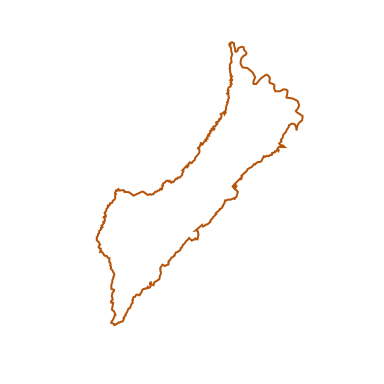 Parácuaro, Michoacán, Mexico, rotated 204°
{"feature_id": "50627088B31611248449826", "entity_name": "Parácuaro", "entity_type": "district", "adm_level": 2, "iso_a3": "MEX", "parent_name": "Mexico", "parent_adm1": "Michoacán", "projection": "equal_earth", "projection_center": [-102.195, 19.07], "detail": "fine", "context": "isolated", "style": "outline", "palette": "amber", "viewbox_px": 384, "rotation_deg": 204, "n_neighbors": 0, "source": "geoboundaries", "source_scale": "gbopen_adm2", "svg_char_len": 6076}
<svg xmlns="http://www.w3.org/2000/svg" viewBox="0 0 384 384"><g transform="rotate(204 192 192)"><path d="M218.1,342.4L217.6,341.4L217.0,342.0L217.0,341.4L216.6,341.3L215.9,340.0L214.9,339.5L213.7,337.0L211.2,334.0L210.9,330.5L208.6,326.5L209.2,325.5L209.1,323.1L207.7,321.0L207.9,320.1L207.3,319.8L205.5,316.3L204.3,315.6L204.2,314.1L202.4,313.9L202.5,313.2L203.1,313.0L202.6,311.7L201.1,310.9L201.4,310.3L202.0,310.5L202.5,309.8L201.0,309.6L201.4,308.0L199.7,306.9L200.5,305.9L199.8,305.1L199.7,304.0L200.7,303.0L201.1,301.6L200.7,299.5L199.8,299.4L199.9,297.7L199.1,297.3L200.0,296.3L199.6,296.0L198.8,296.5L197.4,294.0L196.5,293.1L196.6,290.8L195.9,289.2L196.5,288.1L195.6,287.4L195.7,285.2L195.0,282.1L194.4,281.5L194.4,279.8L195.0,278.8L193.6,278.3L193.9,276.2L195.2,277.5L197.5,274.8L195.9,273.5L195.6,272.5L195.7,270.0L196.8,269.9L196.3,267.4L198.2,265.7L198.1,264.9L196.6,264.6L197.6,261.5L198.6,261.0L199.1,259.8L198.0,258.8L197.3,259.0L197.1,258.1L197.8,257.6L199.7,257.7L199.8,256.7L199.1,255.7L200.2,254.9L199.1,253.2L200.3,251.6L199.2,250.5L200.5,250.0L200.3,248.0L199.9,248.1L199.5,247.0L200.2,246.9L201.1,245.3L199.9,244.6L201.3,243.1L201.6,239.9L203.6,240.5L203.9,240.2L202.9,238.6L203.7,238.0L203.4,236.4L204.4,234.8L204.3,234.3L203.1,234.6L201.5,231.8L201.5,229.9L203.0,224.4L202.5,222.6L203.9,219.6L203.8,218.8L205.2,217.7L206.0,218.2L206.6,216.7L206.5,215.3L205.9,214.6L206.8,211.7L206.9,213.7L207.5,214.0L209.5,208.1L208.7,208.3L208.2,207.4L208.5,205.3L207.9,203.9L208.9,200.4L210.8,199.5L211.0,197.9L212.0,197.6L213.1,193.6L214.2,193.4L214.7,192.1L215.3,192.8L216.7,192.2L217.1,193.0L217.6,192.2L218.8,192.6L220.4,191.1L220.5,189.9L221.9,188.0L221.6,186.7L221.8,186.2L221.0,186.0L221.3,184.9L220.5,182.6L221.0,181.7L222.2,182.1L222.6,180.1L223.8,179.3L224.5,177.8L225.6,177.3L226.5,174.2L227.3,173.9L228.1,172.9L229.5,173.0L231.2,171.3L236.4,172.4L237.7,172.1L243.9,164.9L249.5,166.2L253.8,164.6L254.4,165.7L255.3,165.8L259.2,163.7L260.3,164.8L260.9,163.8L261.0,162.6L262.0,162.6L261.9,159.5L260.7,159.3L261.0,157.6L259.6,155.3L259.8,153.4L260.7,152.1L260.7,149.3L262.4,148.2L261.9,146.6L263.4,145.4L263.3,144.9L262.5,144.9L262.4,144.3L263.2,141.5L262.7,139.7L263.4,137.6L262.9,136.8L262.0,136.5L261.6,135.1L260.9,135.0L260.9,134.1L262.4,133.5L262.5,133.0L261.3,132.7L259.9,130.5L260.0,129.6L260.9,128.8L260.8,128.4L260.0,128.7L259.8,127.9L260.2,126.0L261.0,124.5L259.4,123.6L259.7,122.8L260.6,122.3L259.8,121.1L260.9,118.7L260.2,116.5L260.7,115.3L260.1,113.3L260.7,111.9L259.8,110.8L259.7,109.5L258.2,108.6L257.0,108.5L255.3,106.9L254.6,106.7L255.1,103.9L253.8,103.0L252.3,103.2L251.6,100.0L250.8,100.9L250.5,100.3L249.2,100.4L246.2,98.3L243.7,98.8L242.2,97.7L240.4,97.9L239.3,94.7L238.8,94.1L238.2,94.2L236.9,93.0L236.9,91.7L235.5,90.7L235.0,88.9L233.7,88.6L229.8,85.6L229.1,84.2L229.4,82.8L229.0,82.3L228.9,79.3L228.0,76.5L227.9,74.3L226.7,71.6L226.2,70.6L223.6,71.0L223.0,70.2L223.7,67.2L223.1,65.8L223.0,64.2L222.1,63.5L220.8,61.5L220.6,60.6L221.2,60.2L221.5,59.0L221.0,58.1L218.9,58.6L217.3,51.9L214.6,51.2L212.1,48.8L212.6,48.6L212.2,47.2L212.2,43.0L212.7,41.4L212.6,39.6L209.3,39.8L209.3,39.2L208.8,38.8L206.9,40.9L206.2,42.9L205.4,43.0L203.9,44.8L202.9,45.3L202.6,45.9L202.7,49.1L203.2,49.1L203.1,50.7L202.4,52.1L202.5,53.0L203.0,53.3L202.5,55.8L202.6,59.2L202.5,59.8L201.5,60.6L201.7,64.9L201.1,66.6L202.5,68.8L202.0,69.5L202.7,70.9L202.5,72.5L201.4,73.0L201.1,75.6L199.5,76.3L198.7,76.0L197.8,76.4L197.8,78.1L197.3,79.6L197.7,81.3L197.1,83.4L195.3,84.9L194.6,84.9L194.2,86.1L193.1,86.5L193.4,87.1L192.4,86.8L191.4,88.7L191.9,90.2L193.1,90.7L193.3,92.3L192.8,92.7L192.0,91.1L189.3,91.2L189.7,94.1L186.4,99.0L187.1,102.1L187.2,104.6L188.1,106.6L189.0,107.2L189.2,108.4L190.1,109.4L189.5,113.5L189.0,113.8L186.7,113.3L185.3,115.1L184.1,116.0L184.3,117.2L184.9,117.8L184.7,118.4L185.2,119.6L184.5,120.4L184.1,123.6L182.8,125.2L182.6,126.5L182.1,126.6L182.2,130.1L180.7,131.6L179.2,133.9L179.3,135.9L179.0,136.5L179.3,136.6L178.6,138.2L178.8,140.1L177.8,142.0L177.5,144.4L176.6,146.1L176.0,148.8L172.4,147.5L171.2,149.2L169.9,149.8L170.0,151.0L167.7,151.0L168.8,155.9L169.4,156.3L170.0,157.9L171.1,158.3L171.6,159.4L173.0,158.4L169.4,166.1L167.9,164.9L166.7,166.4L166.4,167.6L164.9,168.5L163.2,171.9L163.0,172.5L163.6,172.9L163.3,174.6L162.5,176.0L162.6,177.1L160.9,181.7L161.6,182.0L161.3,182.6L161.5,182.7L159.5,186.8L159.7,187.7L159.3,187.8L158.1,190.0L158.3,191.5L158.0,191.8L158.2,193.1L157.8,194.4L158.3,197.9L157.4,198.1L155.7,199.9L153.7,200.6L151.8,202.9L150.2,203.0L150.4,204.3L149.5,205.4L149.5,206.3L150.2,210.8L154.4,212.7L154.5,212.2L157.1,213.6L156.7,215.1L154.1,213.8L154.0,214.1L153.7,215.4L156.2,216.8L153.3,224.3L152.4,223.7L152.2,224.3L153.0,225.1L152.5,226.2L153.4,227.0L151.5,231.3L151.6,231.6L150.7,232.6L150.5,235.4L147.4,239.6L147.2,241.0L146.5,242.1L146.6,242.8L145.3,243.1L145.1,244.6L143.9,246.3L142.6,246.8L141.2,248.2L140.9,253.9L139.6,253.7L138.7,255.3L136.9,255.7L136.0,256.6L135.8,257.5L134.2,258.2L134.1,259.1L134.7,260.3L132.9,261.5L132.7,262.9L132.0,262.8L131.3,265.3L129.7,264.6L129.8,265.4L130.5,265.4L131.5,266.7L130.9,268.6L125.7,270.7L128.1,271.5L130.1,270.8L132.1,271.7L130.8,274.7L132.1,275.7L131.3,278.2L131.9,281.6L130.6,285.2L130.7,287.7L130.1,290.6L130.6,292.4L128.3,295.3L125.8,295.7L123.2,293.5L121.5,290.7L122.6,295.0L122.7,296.7L122.2,299.0L120.6,302.2L121.3,305.1L122.0,306.5L128.9,307.5L130.2,308.4L129.4,310.4L129.2,314.0L129.9,315.4L132.6,318.1L138.1,318.4L143.9,316.7L144.4,317.2L144.8,319.9L145.8,323.2L147.2,323.9L150.0,323.2L152.7,319.8L156.8,317.9L159.2,320.1L159.8,322.4L160.4,323.3L161.6,323.6L165.4,323.3L166.4,324.7L167.1,327.7L169.2,329.2L171.4,329.6L172.5,328.5L175.3,323.8L177.3,316.8L179.5,315.8L180.1,316.2L180.8,318.0L181.0,322.6L185.3,325.9L191.8,327.8L196.5,326.4L199.5,328.6L200.6,330.7L201.2,334.2L200.3,337.3L198.8,339.1L198.6,340.8L199.9,342.0L202.4,343.1L203.7,345.2L205.1,345.1L207.5,343.2L208.1,342.2L208.0,338.8L209.2,337.9L210.1,338.5L210.6,340.0L212.8,342.6L214.1,344.9L216.4,345.1L217.5,343.9L218.1,342.4Z" fill="none" stroke="#b45309" stroke-width="2"/></g></svg>